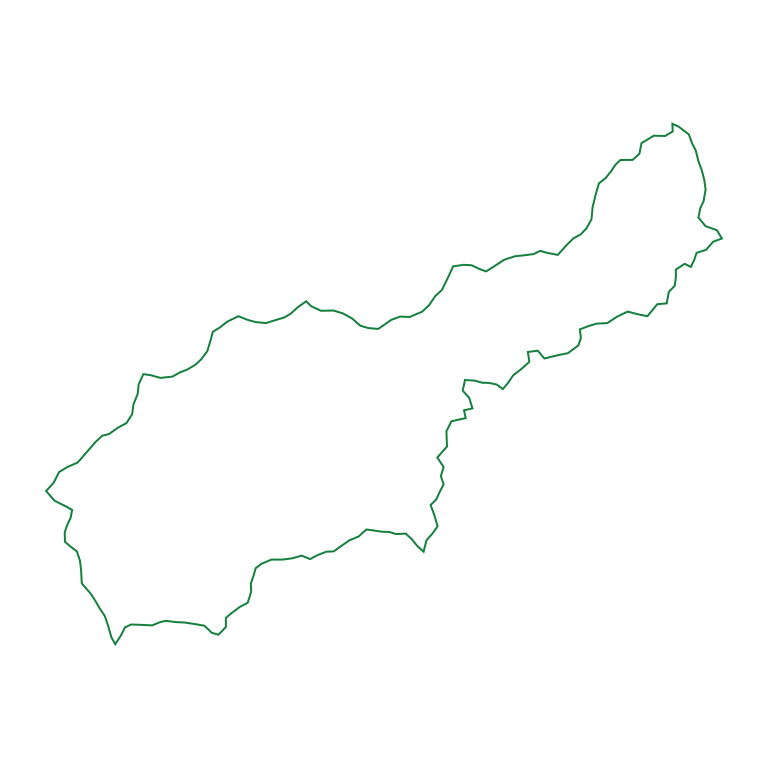 outline of Presidente Nereu, Santa Catarina, Brazil
{"feature_id": "56859067B86900242229400", "entity_name": "Presidente Nereu", "entity_type": "district", "adm_level": 2, "iso_a3": "BRA", "parent_name": "Brazil", "parent_adm1": "Santa Catarina", "projection": "robinson", "projection_center": [-49.337, -27.259], "detail": "fine", "context": "isolated", "style": "outline", "palette": "green", "viewbox_px": 768, "rotation_deg": 0, "n_neighbors": 0, "source": "geoboundaries", "source_scale": "gbopen_adm2", "svg_char_len": 2745}
<svg xmlns="http://www.w3.org/2000/svg" viewBox="0 0 768 768"><path d="M143.3,374.2L138.7,384.3L137.6,394.3L133.5,404.2L132.1,414.4L126.4,423.1L117.6,427.9L108.9,434.1L102.2,435.7L95.2,442.3L86.0,453.0L77.7,462.5L67.4,467.0L59.1,472.0L53.7,482.7L46.1,491.0L54.6,500.8L66.3,506.6L72.1,509.9L70.7,517.6L67.2,525.1L64.7,532.5L65.0,541.8L70.3,546.4L76.9,551.4L80.0,560.9L81.1,570.6L81.8,583.4L90.7,593.7L95.2,600.6L99.5,608.1L104.8,616.0L108.0,625.4L111.4,637.3L115.2,644.2L120.6,636.0L125.1,627.3L131.1,624.5L142.3,624.9L152.2,625.4L159.4,622.4L165.6,620.8L175.7,622.1L184.2,622.5L193.2,623.8L204.4,625.7L211.8,632.8L218.5,634.7L225.9,627.0L225.9,617.9L231.5,613.1L240.0,606.8L247.7,602.8L251.2,591.6L250.8,583.8L253.3,576.4L255.7,568.2L261.6,563.7L271.5,559.6L282.4,559.6L292.3,558.3L301.7,555.6L310.1,559.1L317.5,555.1L326.3,551.7L333.7,551.4L341.8,545.6L349.2,540.4L358.6,536.5L366.3,529.5L373.3,530.4L381.5,531.7L389.6,532.0L396.1,534.1L405.7,533.6L411.7,539.1L417.3,546.0L423.6,551.7L426.4,540.4L432.4,533.6L437.6,526.3L434.2,514.7L430.6,505.0L436.2,499.5L439.4,492.5L443.6,484.4L440.9,476.1L443.6,467.0L437.3,457.5L447.0,446.5L446.4,431.3L451.4,421.3L458.4,419.7L465.7,418.1L464.0,410.3L472.5,408.4L469.2,397.9L462.7,390.6L465.0,380.0L474.6,380.6L482.0,382.7L488.9,382.9L496.6,384.5L502.9,389.0L507.8,383.2L513.2,375.3L521.2,369.1L529.3,361.9L527.9,352.0L537.8,350.7L544.4,358.5L552.8,356.4L559.8,354.8L567.9,353.2L578.4,345.4L580.9,337.9L579.8,329.4L588.7,326.0L596.8,323.6L607.3,323.1L617.2,316.6L627.7,311.6L637.6,314.2L647.4,316.2L657.3,304.2L666.7,303.4L668.8,291.9L674.7,285.8L675.9,277.1L675.8,269.6L684.7,263.8L690.8,266.9L694.1,260.2L696.6,252.8L706.0,249.9L713.2,241.7L721.9,238.5L716.9,230.2L705.6,226.2L698.4,217.6L700.4,207.9L703.6,201.1L705.6,189.5L704.3,180.1L701.8,170.3L698.3,160.8L695.8,150.6L692.4,144.0L688.8,134.4L678.7,126.7L672.4,123.8L672.7,131.5L665.0,136.0L653.8,135.7L641.5,143.1L639.4,153.8L632.6,159.9L620.4,160.0L615.4,164.8L611.2,171.1L605.6,178.1L598.9,183.4L595.7,194.5L592.6,207.1L591.5,219.2L586.5,228.3L580.7,234.4L573.3,238.4L566.3,245.4L557.8,254.9L547.9,253.0L540.1,250.9L533.6,254.1L523.4,255.4L515.2,256.2L504.1,259.8L493.6,266.7L486.1,271.4L479.4,269.0L471.7,265.3L463.6,264.8L453.1,266.4L448.6,276.3L441.9,290.0L435.3,296.0L429.1,305.2L422.1,311.7L409.6,317.0L400.1,316.6L391.2,319.9L378.3,328.9L368.5,328.1L360.3,325.7L352.3,318.6L342.9,313.4L333.3,310.5L321.0,310.8L311.3,306.3L306.2,301.3L297.9,307.1L290.7,313.7L284.2,317.5L276.1,319.9L266.0,323.1L255.4,322.0L247.6,319.9L238.5,316.2L227.5,321.5L220.1,327.3L212.9,331.8L210.4,340.9L207.3,351.2L201.2,359.3L195.9,364.3L187.8,369.3L179.8,372.5L172.4,376.6L160.5,377.9L149.9,375.0L143.3,374.2Z" fill="none" stroke="#15803d" stroke-width="2"/></svg>